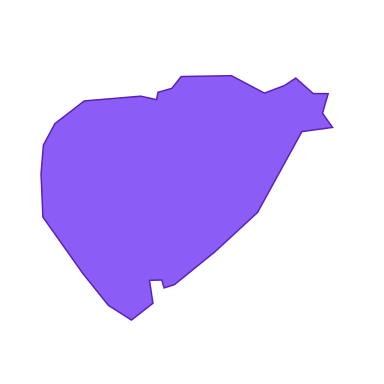 Green, Kentucky, United States of America, rotated 80°
{"feature_id": "52423323B48611820693304", "entity_name": "Green", "entity_type": "district", "adm_level": 2, "iso_a3": "USA", "parent_name": "United States of America", "parent_adm1": "Kentucky", "projection": "natural_earth1", "projection_center": [-85.565, 37.291], "detail": "fine", "context": "isolated", "style": "filled", "palette": "violet", "viewbox_px": 384, "rotation_deg": 80, "n_neighbors": 0, "source": "geoboundaries", "source_scale": "gbopen_adm2", "svg_char_len": 514}
<svg xmlns="http://www.w3.org/2000/svg" viewBox="0 0 384 384"><g transform="rotate(80 192 192)"><path d="M83.6,282.3L100.8,315.1L120.0,330.2L147.8,337.5L190.8,343.2L253.2,313.7L289.2,294.0L307.6,273.9L294.8,249.8L271.6,249.2L273.4,237.1L281.6,236.1L280.2,225.4L254.9,179.9L223.5,131.0L151.6,73.3L152.8,42.4L137.1,49.8L118.8,40.8L116.1,55.6L97.8,70.0L103.2,82.4L107.2,103.5L84.3,133.0L76.4,182.6L86.4,193.8L87.9,208.2L94.9,210.9L88.7,225.9L83.6,282.3Z" fill="#8b5cf6" stroke="#5b21b6" stroke-width="1.5"/></g></svg>